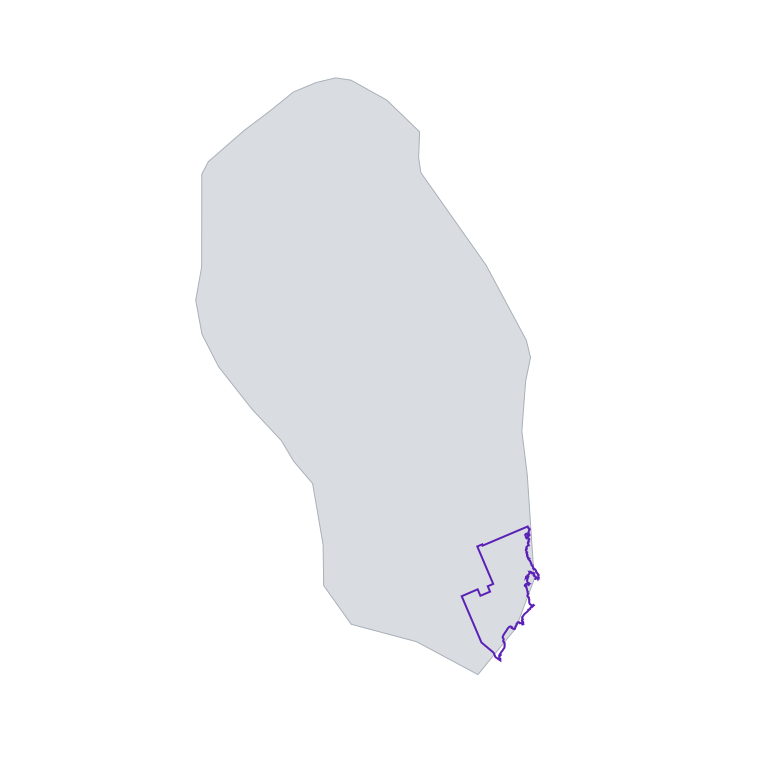 78, Madinat ach Shamal, Qatar (highlighted), rotated 157°
{"feature_id": "91078587B72332727540612", "entity_name": "78", "entity_type": "district", "adm_level": 2, "iso_a3": "QAT", "parent_name": "Qatar", "parent_adm1": "Madinat ach Shamal", "projection": "albers", "projection_center": [51.051, 25.993], "detail": "fine", "context": "in_parent", "style": "outline", "palette": "violet", "viewbox_px": 768, "rotation_deg": 157, "n_neighbors": 0, "source": "geoboundaries", "source_scale": "gbopen_adm2", "svg_char_len": 6131}
<svg xmlns="http://www.w3.org/2000/svg" viewBox="0 0 768 768"><g transform="rotate(157 384 384)"><path d="M414.1,671.9L382.7,679.8L353.2,688.2L328.6,688.0L308.9,684.7L295.7,676.6L270.5,644.2L252.7,602.2L263.7,578.8L267.5,564.1L243.6,453.5L235.9,368.5L238.8,351.1L252.6,331.1L275.5,286.8L287.7,244.2L322.0,145.6L358.1,107.7L411.1,79.8L454.8,134.1L508.0,175.6L518.3,222.0L502.8,260.0L488.6,320.3L497.3,348.0L500.6,372.0L515.3,412.2L529.5,464.5L532.1,500.9L524.6,534.6L506.1,563.0L469.7,648.4L458.8,657.3L414.1,671.9Z" fill="#d9dde1" stroke="#a8b0b8" stroke-width="1"/><path d="M395.4,158.3L395.3,108.0L388.1,93.9L388.1,89.1L384.9,84.0L384.7,84.4L384.7,84.9L384.5,85.3L384.2,85.7L384.3,85.9L384.9,86.4L385.0,86.6L384.2,88.7L383.4,89.1L383.0,88.6L382.8,88.7L383.5,89.5L383.2,89.7L383.2,89.8L382.1,90.5L382.0,90.4L381.9,90.6L381.5,90.8L380.7,91.5L378.9,92.4L377.7,93.3L376.3,94.1L376.0,94.5L375.9,94.9L375.7,95.0L375.3,95.6L375.3,96.2L374.7,96.9L374.4,98.0L374.2,98.3L374.5,98.9L374.4,99.2L374.3,99.7L374.8,100.2L374.8,100.4L374.7,100.9L374.3,101.4L373.8,102.0L373.5,102.6L373.6,102.9L373.6,103.4L373.9,104.0L373.6,104.7L373.1,105.4L372.1,106.1L371.7,106.6L367.1,109.5L366.8,109.8L365.1,110.9L364.0,111.4L363.3,111.5L362.4,111.5L361.8,111.0L361.6,110.7L361.8,110.7L361.7,110.5L361.5,109.7L361.8,109.8L361.9,109.7L361.7,109.4L361.0,108.7L360.8,108.2L359.8,107.5L359.1,107.6L358.7,108.3L358.4,108.6L358.0,109.2L357.7,109.3L357.3,109.7L357.0,109.8L356.6,110.2L356.3,110.3L356.1,110.7L355.9,111.0L355.6,111.1L355.6,111.3L355.4,111.3L354.8,111.9L354.0,112.4L353.8,112.4L352.8,112.0L352.7,110.8L352.1,110.6L350.7,110.4L349.9,110.9L349.9,110.3L350.0,109.8L350.2,109.4L350.6,109.1L350.6,108.6L350.0,108.5L349.6,108.5L349.6,109.3L349.4,109.7L349.2,109.7L349.1,110.2L348.9,110.4L349.0,111.3L349.3,111.6L349.3,111.9L349.5,111.9L349.6,112.3L349.4,112.5L349.2,112.5L349.1,112.8L348.3,113.1L348.5,113.4L348.1,113.8L348.1,114.1L348.3,114.3L348.3,114.6L348.0,114.9L348.0,115.1L347.8,115.1L347.6,115.5L347.4,115.6L345.3,117.0L344.4,117.4L340.7,118.6L339.2,119.3L339.2,119.5L339.0,119.4L338.5,119.7L338.0,119.7L338.1,120.0L336.4,120.8L335.9,120.8L335.7,121.2L335.0,121.5L334.7,121.5L334.6,121.4L334.5,121.0L333.5,121.4L333.4,121.6L333.0,121.9L332.8,121.8L332.6,121.8L332.7,122.1L333.0,122.0L333.4,122.1L334.9,122.8L335.0,123.3L335.5,123.9L335.7,124.5L335.7,125.1L335.8,125.4L335.5,126.7L335.0,127.9L334.5,128.6L334.6,129.5L334.3,130.0L334.2,130.5L334.0,130.8L334.0,131.1L334.5,131.4L334.6,131.7L334.6,132.1L334.8,132.3L334.8,133.1L334.1,133.9L334.0,134.0L333.9,133.9L333.5,134.1L333.2,133.6L333.4,134.2L333.2,134.3L333.4,135.0L333.3,135.4L333.4,135.6L333.2,136.2L332.9,136.5L333.0,136.6L332.9,136.9L333.0,137.6L332.7,138.5L332.6,139.3L332.6,139.9L332.4,140.4L332.6,140.9L332.5,141.4L332.1,141.8L332.0,142.1L332.0,142.4L332.0,142.7L332.2,142.8L332.9,142.7L333.1,142.8L333.1,143.0L333.2,143.5L332.8,143.9L331.9,144.3L330.5,144.4L329.9,143.8L329.8,143.1L329.5,142.5L329.4,142.4L329.3,142.5L329.5,142.7L329.2,143.4L328.5,143.6L328.4,143.3L328.1,143.3L328.5,143.8L328.5,144.1L329.0,144.2L329.3,145.0L329.3,145.8L329.2,147.0L329.0,147.3L327.9,148.7L327.4,149.2L327.0,148.8L327.4,149.2L327.0,149.7L326.4,150.2L326.2,150.6L326.2,150.8L327.6,150.2L327.7,149.8L327.8,149.9L327.9,149.5L328.0,149.6L327.9,149.9L328.2,150.1L328.0,149.9L328.2,149.4L328.3,149.4L328.2,149.9L328.3,150.0L328.3,149.9L328.4,149.6L328.5,149.5L328.5,149.8L328.4,150.1L328.4,150.3L328.5,150.5L329.0,150.3L328.7,150.7L328.8,150.8L328.7,150.7L328.2,151.0L328.0,150.9L327.9,150.9L327.5,151.3L327.1,151.4L327.0,151.5L326.9,151.4L326.7,151.5L325.7,152.0L324.3,152.6L323.7,153.1L323.7,153.6L323.4,153.2L323.1,153.1L322.8,153.2L322.6,153.4L322.5,153.9L322.2,153.7L321.8,153.1L321.7,152.8L321.8,152.1L321.6,152.1L321.6,152.3L320.9,152.0L320.9,151.8L320.5,150.9L320.2,150.9L320.4,150.6L320.2,150.6L320.1,150.2L320.8,150.0L320.9,149.4L320.7,149.4L320.5,148.4L320.3,148.1L320.2,148.0L319.6,147.7L319.6,147.3L319.5,146.4L319.6,146.1L320.2,146.3L320.5,145.7L320.8,145.5L320.7,145.4L320.2,146.2L319.6,146.1L319.5,145.7L319.1,145.5L318.9,145.4L318.3,144.9L318.3,144.7L318.5,144.5L318.5,144.4L318.2,144.7L317.9,144.8L317.9,145.5L317.6,145.6L317.6,146.0L317.4,145.3L317.3,145.5L317.1,145.5L317.1,145.9L317.2,146.0L317.2,146.7L317.1,146.8L317.1,147.2L316.9,147.5L316.8,147.9L316.5,148.0L316.5,147.9L316.3,147.9L316.5,148.6L316.7,149.5L316.9,149.6L317.0,150.5L317.5,150.7L317.5,151.1L317.3,151.4L317.3,151.7L317.1,151.7L317.1,153.2L317.4,154.5L317.5,154.6L317.8,154.5L318.4,154.7L318.8,156.0L318.5,156.7L318.3,156.7L318.3,158.2L318.5,158.5L318.4,158.7L318.6,158.7L319.0,159.5L318.7,160.5L318.6,161.2L318.8,161.5L318.6,161.7L318.7,162.3L318.5,163.3L318.7,163.7L318.6,164.3L318.9,164.4L319.2,165.3L319.2,166.3L319.4,166.4L319.6,166.9L319.6,167.2L319.4,167.6L319.1,167.5L319.3,167.8L319.3,168.0L319.2,168.1L319.3,168.7L319.6,169.1L319.6,169.5L319.3,170.4L319.0,170.4L319.0,170.8L318.7,170.8L318.7,171.2L318.8,171.5L318.8,172.0L318.4,172.5L318.9,172.6L318.9,173.0L318.7,173.3L318.4,174.1L318.2,174.1L318.4,175.4L318.1,176.2L317.9,176.3L317.4,176.8L317.2,176.7L317.2,177.0L316.9,177.0L316.9,177.6L316.8,177.9L316.6,177.9L316.5,178.2L314.9,179.0L314.1,179.1L313.8,179.0L313.7,180.6L313.9,180.9L313.5,181.8L313.3,181.8L313.3,182.0L313.1,182.0L312.3,182.3L312.4,182.8L312.2,183.4L311.9,183.8L311.1,184.0L311.0,184.5L311.3,185.0L311.1,185.0L311.2,185.3L311.5,185.3L311.3,185.4L311.3,185.5L311.5,185.6L311.6,185.9L311.7,185.7L312.5,186.0L312.9,186.1L312.9,186.3L313.1,186.3L313.3,187.6L313.1,187.9L312.9,187.9L313.1,189.7L312.8,190.2L312.3,190.4L312.0,190.6L311.6,190.6L311.4,190.4L310.9,190.4L310.6,189.4L310.6,188.3L310.8,188.3L310.8,188.0L310.3,187.9L310.3,187.6L310.0,187.7L309.7,187.7L309.5,187.9L309.5,188.2L309.2,188.2L309.3,188.8L309.1,188.8L309.1,189.3L309.3,189.9L309.2,190.6L308.8,191.2L308.6,191.2L308.5,191.7L307.9,192.4L307.6,192.5L307.5,192.8L307.0,193.1L306.9,193.4L306.6,193.5L306.8,194.4L307.3,194.6L307.4,195.2L307.5,195.3L307.4,196.7L356.4,196.7L356.2,198.0L361.6,198.0L361.6,157.3L367.5,157.3L367.5,151.4L378.0,151.4L378.0,158.4L395.4,158.3Z" fill="none" stroke="#5b21b6" stroke-width="2"/></g></svg>